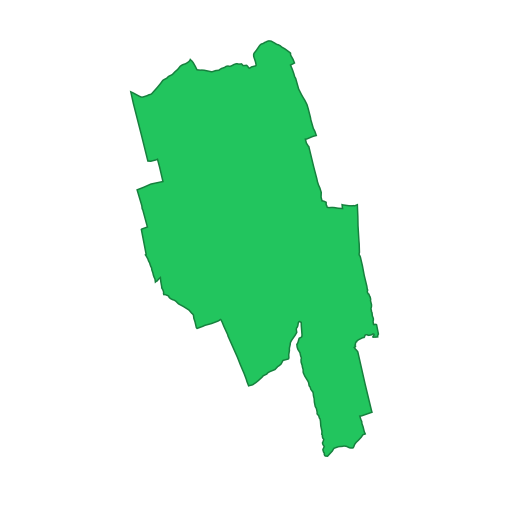 Tanasoaia, Vrancea, Romania (Equal Earth projection), rotated 260°
{"feature_id": "2599482B41706527449464", "entity_name": "Tanasoaia", "entity_type": "district", "adm_level": 2, "iso_a3": "ROU", "parent_name": "Romania", "parent_adm1": "Vrancea", "projection": "equal_earth", "projection_center": [27.348, 46.108], "detail": "fine", "context": "isolated", "style": "filled", "palette": "green", "viewbox_px": 512, "rotation_deg": 260, "n_neighbors": 0, "source": "geoboundaries", "source_scale": "gbopen_adm2", "svg_char_len": 6086}
<svg xmlns="http://www.w3.org/2000/svg" viewBox="0 0 512 512"><g transform="rotate(260 256 256)"><path d="M449.8,325.2L450.7,324.5L455.0,320.4L457.3,317.6L458.9,316.3L460.1,314.7L460.8,313.2L462.6,311.2L465.0,308.2L465.3,307.2L465.6,306.0L465.6,305.3L465.4,304.0L465.1,303.4L464.9,302.0L464.0,299.8L463.8,298.0L463.2,296.9L462.4,295.9L458.6,292.2L456.3,289.6L455.7,289.1L454.6,288.6L452.8,288.4L447.3,289.2L444.4,289.3L443.8,289.2L443.4,288.9L443.3,288.5L443.0,284.4L442.1,282.4L442.1,282.1L442.5,281.6L444.4,280.6L445.4,279.9L445.5,279.0L445.5,278.2L445.8,276.2L447.0,275.6L447.7,275.1L447.8,273.3L448.0,272.2L448.7,270.6L448.7,269.5L448.4,267.5L447.5,264.8L447.3,263.5L447.4,262.7L447.8,261.8L448.0,260.8L447.9,259.5L447.2,257.9L446.9,256.3L446.7,254.7L446.1,253.1L445.6,252.2L445.4,251.6L445.6,248.5L445.1,245.2L445.1,244.6L445.2,244.0L445.7,242.8L447.9,237.3L448.5,235.0L448.7,233.3L449.6,230.3L449.9,230.1L452.8,229.3L457.1,227.8L458.9,226.9L460.3,225.8L460.9,225.4L460.4,225.1L459.6,224.3L458.9,223.3L457.9,221.0L457.5,219.7L457.2,217.5L456.9,216.3L456.0,214.3L454.3,212.4L453.3,211.2L451.5,208.2L449.3,205.2L448.9,204.1L448.2,201.5L447.5,200.2L446.6,199.0L445.7,196.1L445.1,194.7L442.3,191.8L439.3,188.3L434.0,181.6L433.7,181.1L433.5,180.4L433.3,178.2L432.8,176.7L432.3,173.0L432.2,172.0L432.3,171.1L432.5,170.5L433.7,168.7L437.8,163.5L439.4,161.2L427.6,161.7L394.6,164.2L368.3,166.0L367.6,168.8L368.0,174.2L368.4,175.8L360.2,176.5L345.5,177.3L345.1,165.0L343.2,157.4L341.8,150.4L325.3,152.3L322.2,152.1L321.4,152.5L319.1,152.7L303.4,154.1L302.4,148.2L302.1,147.7L276.7,148.1L276.3,147.3L275.6,147.7L271.9,149.0L269.9,149.3L267.5,150.1L266.2,150.2L263.8,150.6L262.5,151.1L260.4,151.0L257.4,151.5L255.0,151.6L252.6,152.0L251.0,152.5L247.8,152.4L248.4,153.4L248.5,154.1L250.3,156.3L251.4,158.1L247.4,157.8L241.4,157.8L241.0,157.6L239.2,158.3L237.1,158.7L236.1,158.7L235.0,158.4L234.0,158.5L233.7,160.0L233.0,161.2L231.8,162.9L231.2,163.1L230.5,163.2L230.0,163.5L228.8,164.5L227.4,166.4L227.0,167.3L226.2,168.4L225.4,169.2L222.3,171.4L218.9,175.7L215.2,179.8L214.3,180.7L210.9,182.7L209.8,183.6L208.7,184.1L205.2,184.0L201.9,184.5L196.2,184.8L195.9,184.8L194.9,185.4L196.0,191.5L196.6,193.7L197.2,200.5L197.8,203.6L198.5,207.3L199.0,208.7L199.3,209.1L199.7,210.0L199.5,210.3L197.1,211.1L192.4,212.1L183.3,214.5L182.2,214.5L159.2,220.2L151.7,221.7L142.3,223.9L136.4,225.0L133.8,225.3L129.4,226.2L129.5,226.9L129.7,229.9L130.0,231.0L130.6,232.1L131.2,233.6L132.8,236.5L135.2,240.3L136.1,241.6L136.6,242.0L136.9,242.7L137.9,246.2L138.3,246.5L138.9,247.3L139.7,249.4L140.9,255.0L143.4,258.3L143.9,259.6L145.0,261.6L145.6,262.2L148.3,264.3L148.5,264.6L148.9,269.4L149.0,270.0L149.2,270.3L150.1,270.7L153.1,271.1L157.1,272.5L158.0,272.6L159.5,272.9L162.9,274.3L163.8,274.5L165.3,275.2L167.3,276.9L171.2,280.8L173.5,282.7L173.8,282.9L174.4,282.9L176.6,282.9L177.5,283.2L178.3,283.6L178.8,284.3L179.9,285.0L183.0,286.1L183.9,287.0L184.0,287.4L183.0,288.7L182.7,289.0L179.3,288.5L170.2,287.6L168.6,287.1L168.3,286.7L167.9,285.8L167.6,284.4L167.1,284.0L163.6,282.3L162.5,281.6L162.0,280.9L159.3,280.7L158.3,280.8L156.6,281.1L153.2,282.5L149.9,282.6L148.3,282.9L147.6,283.0L146.3,282.4L143.7,282.0L142.8,282.1L140.1,282.5L138.8,282.4L135.9,282.7L133.6,282.3L132.8,282.3L129.2,283.2L123.7,285.4L122.2,285.8L118.9,285.8L117.5,286.6L115.4,286.8L113.8,287.5L112.7,288.1L112.5,288.3L111.1,288.5L108.4,288.3L105.5,288.5L101.9,288.1L97.8,288.2L97.2,288.3L95.6,288.9L94.7,289.0L91.6,289.1L90.1,288.8L89.3,289.0L88.1,289.9L86.7,290.2L85.6,290.2L84.6,290.7L84.1,290.8L82.1,290.8L77.5,290.3L72.0,290.5L70.2,290.2L69.1,289.8L67.7,290.3L66.4,290.0L64.9,290.2L64.3,290.7L63.7,290.9L61.8,290.0L60.4,289.0L59.1,289.1L57.9,289.5L56.6,290.1L56.0,289.8L54.8,289.0L54.1,288.4L53.3,288.2L52.5,288.4L51.4,288.4L50.1,289.0L48.6,288.8L47.7,289.0L47.0,289.5L46.4,291.7L50.7,297.3L52.5,298.8L53.1,299.5L53.8,303.6L53.9,304.3L53.5,308.0L53.6,309.1L53.5,310.0L52.8,312.1L51.2,314.3L50.8,315.0L50.4,316.3L50.2,317.7L50.2,318.2L50.4,318.5L51.4,319.3L52.5,319.9L53.6,320.7L55.1,322.3L56.8,324.9L59.4,328.3L61.2,330.0L61.6,330.9L61.7,332.4L61.8,332.7L64.2,332.1L69.1,331.8L72.7,331.2L74.7,331.4L76.5,330.9L80.3,330.4L80.2,331.6L80.3,332.7L82.0,343.1L83.7,342.9L110.9,341.2L143.9,339.6L145.3,338.9L147.3,337.6L148.9,336.9L149.3,338.0L149.6,338.3L150.0,338.4L150.4,338.0L150.9,338.0L151.5,338.3L152.0,338.7L152.8,338.8L153.8,339.4L154.1,340.3L154.5,340.4L154.9,340.8L155.7,342.4L157.0,346.8L157.0,348.3L157.5,348.8L158.6,349.3L159.2,349.9L159.3,350.4L159.3,351.0L159.1,352.0L158.8,352.3L158.4,352.6L158.3,353.5L158.3,355.8L158.5,356.5L158.9,357.3L158.9,357.8L158.4,358.6L158.0,358.6L157.6,358.5L156.8,357.5L156.0,357.0L155.7,357.4L155.3,360.2L155.2,361.8L156.1,361.9L156.6,362.1L157.7,362.8L157.9,363.0L167.3,362.8L167.6,362.6L167.9,361.9L168.1,361.1L167.8,360.3L167.9,360.1L168.5,359.8L171.8,360.0L172.3,360.4L173.8,360.7L174.8,360.6L176.8,360.2L180.1,360.4L181.5,360.0L182.4,360.2L184.0,360.0L186.0,360.9L187.8,361.3L192.2,361.0L193.0,361.3L193.9,361.4L195.9,361.3L196.4,361.0L198.9,360.5L199.1,360.3L199.2,359.9L201.4,359.3L203.1,360.1L203.4,359.8L207.0,359.9L218.2,359.2L228.0,359.1L236.8,358.6L238.5,358.2L239.0,357.8L239.3,357.8L240.9,358.1L241.6,358.5L249.9,359.7L253.2,360.0L268.0,361.7L276.9,363.1L288.9,364.7L288.4,362.5L288.3,361.6L288.7,360.6L288.7,359.5L289.3,356.4L291.2,350.5L291.6,349.7L289.2,349.5L287.7,349.5L288.8,345.1L290.1,341.5L290.6,339.4L290.8,338.1L290.8,337.2L291.2,335.5L291.4,334.9L291.9,334.5L293.2,334.4L294.4,334.0L296.7,334.4L297.9,332.8L298.7,331.2L298.8,330.6L302.7,330.3L307.3,331.3L311.9,330.7L315.0,329.9L318.5,329.4L321.6,329.3L333.8,328.3L354.7,327.0L355.4,326.4L357.2,325.8L357.8,325.4L358.8,325.2L362.5,324.9L362.4,326.1L362.5,326.7L363.6,331.4L364.0,333.6L364.2,336.3L368.6,335.6L371.7,334.6L381.2,333.6L382.0,333.7L384.0,333.6L391.9,333.0L396.2,332.5L400.9,331.1L403.9,329.9L407.0,328.8L413.0,327.0L424.0,325.9L425.8,325.2L428.9,324.9L432.1,324.4L434.3,324.0L438.0,323.1L439.4,327.4L443.3,326.6L447.8,325.0L449.8,325.2Z" fill="#22c55e" stroke="#15803d" stroke-width="1.5"/></g></svg>